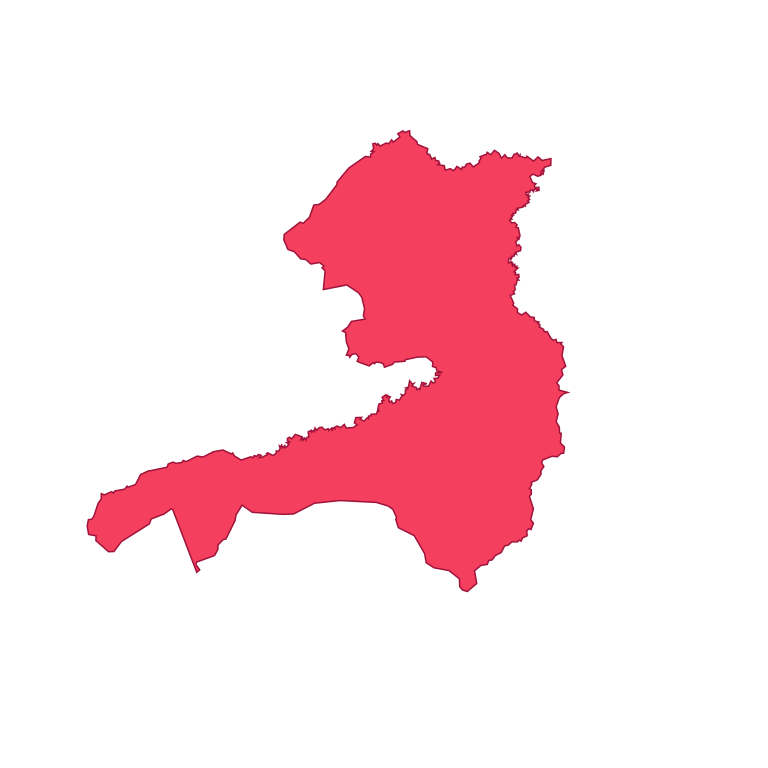 Asutifi South, Brong Ahafo, Ghana, rotated 208°
{"feature_id": "2480657B57037677938762", "entity_name": "Asutifi South", "entity_type": "district", "adm_level": 2, "iso_a3": "GHA", "parent_name": "Ghana", "parent_adm1": "Brong Ahafo", "projection": "robinson", "projection_center": [-2.395, 6.849], "detail": "fine", "context": "isolated", "style": "filled", "palette": "rose", "viewbox_px": 768, "rotation_deg": 208, "n_neighbors": 0, "source": "geoboundaries", "source_scale": "gbopen_adm2", "svg_char_len": 6135}
<svg xmlns="http://www.w3.org/2000/svg" viewBox="0 0 768 768"><g transform="rotate(208 384 384)"><path d="M242.9,501.1L246.7,502.4L246.4,504.1L250.7,501.8L253.2,504.1L254.5,502.3L257.6,502.4L264.6,506.9L266.9,505.3L268.8,507.2L273.5,507.2L274.0,509.4L276.6,509.8L276.2,511.4L280.7,510.4L282.7,513.3L286.2,511.9L292.5,513.9L294.8,509.6L299.7,509.7L301.4,513.0L307.2,514.0L307.4,516.2L314.2,521.5L311.1,524.9L313.1,526.3L312.4,528.8L315.2,532.8L314.0,533.7L315.2,538.6L313.9,539.0L316.3,540.2L314.8,541.5L316.5,544.0L319.4,542.0L320.1,544.1L321.8,544.0L320.2,549.4L322.4,548.6L322.0,550.3L324.0,549.4L324.7,550.9L325.5,549.4L326.9,550.9L326.6,549.2L329.1,551.6L330.9,549.4L332.7,553.2L331.9,554.5L330.4,553.4L330.5,556.6L331.8,556.4L329.2,558.0L330.0,560.5L327.9,560.7L329.7,562.1L326.1,565.7L327.1,568.9L330.4,570.3L331.5,568.3L334.5,571.5L333.5,574.3L335.7,576.4L332.9,575.4L333.6,578.9L338.8,585.0L341.1,584.3L341.1,586.9L344.3,587.9L347.1,586.2L350.1,587.7L348.4,589.5L350.0,589.9L349.2,592.1L350.6,593.0L348.9,594.1L350.2,595.2L348.0,596.7L349.1,600.0L347.3,600.7L348.8,601.7L344.3,605.5L344.8,607.0L342.7,607.4L343.6,609.0L341.2,612.5L343.1,613.1L342.1,615.4L344.1,615.8L343.5,618.3L345.4,617.5L345.5,619.5L347.5,617.9L348.8,619.8L345.2,622.1L346.0,623.4L344.4,625.1L342.4,623.9L342.5,627.1L339.8,627.6L340.0,626.1L338.0,627.8L339.7,630.4L343.0,628.2L344.5,630.0L343.8,632.1L347.4,631.6L352.7,635.6L351.0,639.3L345.8,639.6L343.4,642.0L344.4,643.7L342.0,643.8L342.9,647.6L344.7,645.9L343.8,651.0L339.4,655.4L342.4,661.4L349.3,655.6L354.6,656.8L356.6,651.0L364.8,652.2L364.7,650.3L370.9,648.9L371.4,650.1L371.8,648.7L374.7,650.5L377.0,647.6L377.1,643.5L381.5,641.5L384.9,643.2L386.3,638.5L390.7,641.6L396.2,642.2L397.3,636.6L401.7,637.0L401.4,635.1L406.0,629.7L404.2,628.8L404.8,625.4L403.6,624.3L407.0,617.6L411.8,619.4L414.4,616.9L414.6,613.0L416.8,612.2L416.2,609.8L421.7,610.4L422.6,605.1L426.6,605.2L430.3,601.5L433.3,605.1L439.5,602.9L438.4,605.0L440.5,606.6L443.1,605.6L445.5,607.9L447.5,605.0L451.5,608.1L454.3,607.4L455.8,612.3L466.9,611.3L468.9,613.5L477.7,615.5L480.3,619.7L484.0,615.6L486.1,616.4L489.3,611.5L485.9,609.6L489.4,601.9L491.9,603.1L492.6,598.4L495.2,597.8L499.1,592.3L502.1,593.4L502.2,591.6L504.6,592.5L506.6,590.9L503.6,586.6L504.5,583.4L501.9,584.4L503.7,580.8L502.4,578.0L507.3,576.1L516.5,558.1L520.2,540.3L519.2,537.8L522.1,519.9L525.6,512.1L530.0,509.0L528.1,496.2L530.7,488.0L534.1,487.5L542.3,469.3L540.2,464.3L532.0,457.7L525.2,458.7L516.4,455.4L511.4,457.2L504.9,455.6L497.9,461.0L492.2,459.9L493.3,457.5L489.1,456.3L481.9,438.9L463.4,454.0L449.2,452.6L444.3,450.1L436.5,441.3L434.2,434.4L431.0,432.6L442.2,423.9L442.7,417.3L445.5,411.2L442.2,411.5L436.9,403.4L431.5,398.7L430.7,391.7L428.1,392.9L426.7,391.6L426.4,394.8L423.0,397.8L418.7,395.7L418.4,391.5L416.3,391.5L405.6,393.0L403.5,398.0L402.0,397.4L401.3,399.7L397.0,401.3L393.9,401.4L391.5,399.0L385.8,405.2L385.1,408.3L376.3,413.8L376.4,415.6L366.9,423.6L359.5,427.8L351.3,426.3L349.4,422.2L345.7,422.9L343.3,420.3L337.9,421.7L343.6,418.0L342.5,415.6L338.9,418.1L339.4,414.1L342.5,412.4L339.5,409.9L340.7,407.9L343.8,408.7L343.6,402.9L348.0,400.8L349.1,401.9L346.3,404.4L351.3,403.2L349.7,395.4L350.7,396.6L352.6,394.3L353.5,396.0L358.5,395.4L357.9,398.5L359.0,397.3L362.9,398.9L361.0,392.7L362.9,390.7L361.1,390.8L362.3,388.5L360.8,386.0L361.3,383.1L363.7,382.8L362.5,381.9L362.8,377.0L366.0,376.1L365.0,373.0L367.3,370.8L369.3,372.6L370.6,370.5L372.7,373.0L372.4,375.6L374.9,375.3L375.3,372.9L375.8,375.6L377.6,375.0L379.4,371.2L376.4,369.3L378.1,368.1L376.5,366.5L379.1,363.9L377.7,358.9L375.1,357.2L377.2,357.7L376.6,354.0L381.2,351.2L380.5,349.9L382.6,348.4L381.4,346.1L383.0,346.3L384.1,341.8L388.5,341.9L388.1,344.0L393.1,341.1L391.9,335.8L388.5,335.3L390.8,331.1L396.7,327.4L400.1,329.7L401.7,325.3L405.8,324.8L407.3,322.5L406.3,321.4L408.4,321.3L408.1,319.2L409.5,320.4L410.9,317.0L412.3,318.3L414.7,315.7L418.4,316.8L420.7,315.1L421.6,311.6L424.2,312.8L423.2,309.3L424.6,309.9L425.1,307.5L426.5,309.0L428.5,306.1L425.5,302.0L427.0,300.7L426.6,297.8L428.7,299.1L429.1,296.3L430.3,298.0L431.4,295.9L431.5,298.9L438.6,297.9L439.8,292.2L442.4,292.7L443.7,290.7L442.9,288.8L440.2,288.5L442.5,286.6L439.9,286.4L440.2,283.4L441.7,281.1L442.7,282.9L443.8,280.0L445.7,282.1L445.8,280.3L447.3,280.3L445.4,278.3L445.6,274.8L447.7,274.4L446.7,272.3L448.3,268.8L454.2,268.7L455.1,267.6L453.8,266.8L457.2,262.2L459.3,260.5L458.9,263.3L461.7,262.9L462.4,260.4L465.0,259.8L465.1,257.4L467.3,257.3L474.5,249.8L482.2,250.2L485.2,252.1L486.2,250.6L495.2,250.1L502.7,244.3L509.5,234.6L515.1,232.6L522.2,222.6L525.4,222.3L525.7,219.7L530.3,216.4L533.7,215.9L537.0,212.1L536.5,208.6L551.7,196.1L556.4,189.8L556.2,178.5L561.7,172.6L562.9,173.2L563.6,169.4L571.4,163.3L571.7,160.7L573.9,161.1L578.9,154.8L582.1,154.5L579.7,149.7L580.4,144.4L578.1,131.1L578.6,127.3L581.3,125.5L579.4,119.3L574.2,112.5L566.9,114.7L564.9,110.5L548.5,106.6L543.8,109.3L541.9,121.6L525.5,150.3L526.2,155.5L517.2,165.9L513.3,173.8L511.3,173.7L460.9,129.8L459.5,133.4L465.2,136.3L465.9,138.7L453.1,153.0L453.0,159.9L455.0,163.9L452.9,171.2L450.8,172.9L451.4,193.5L453.2,199.0L452.4,210.4L440.0,208.9L412.4,221.3L402.8,226.8L389.4,246.1L368.2,260.4L335.3,275.8L323.4,278.2L317.3,277.5L310.3,272.1L310.1,270.0L303.9,263.9L286.1,264.3L268.5,253.3L262.8,246.0L253.6,245.2L239.1,249.8L226.0,247.4L222.0,240.6L218.0,239.0L213.0,239.9L208.5,251.4L216.4,261.6L213.1,269.5L208.1,273.2L208.7,277.3L205.9,279.5L205.2,284.8L201.4,290.2L201.5,297.8L198.7,299.9L197.0,304.6L191.9,307.4L191.3,309.8L189.2,309.6L189.4,313.2L186.4,317.2L188.9,321.2L188.2,324.3L185.9,324.4L186.7,331.2L190.8,333.1L193.5,344.0L202.8,353.0L202.2,356.0L204.5,359.9L206.4,359.7L206.4,364.7L207.9,366.2L203.6,371.4L203.0,377.9L204.8,381.3L204.0,386.0L208.0,388.6L208.2,391.5L201.7,399.1L196.8,401.1L195.2,405.7L192.9,407.3L195.1,413.1L200.5,414.7L204.4,423.7L206.0,423.2L209.1,428.4L214.3,431.6L216.2,439.3L221.4,444.8L222.8,454.3L220.9,459.7L217.8,462.8L226.6,460.8L228.7,464.7L232.1,466.0L230.3,475.9L234.0,480.0L231.9,485.0L240.2,492.6L242.9,501.1Z" fill="#f43f5e" stroke="#9f1239" stroke-width="1.5"/></g></svg>